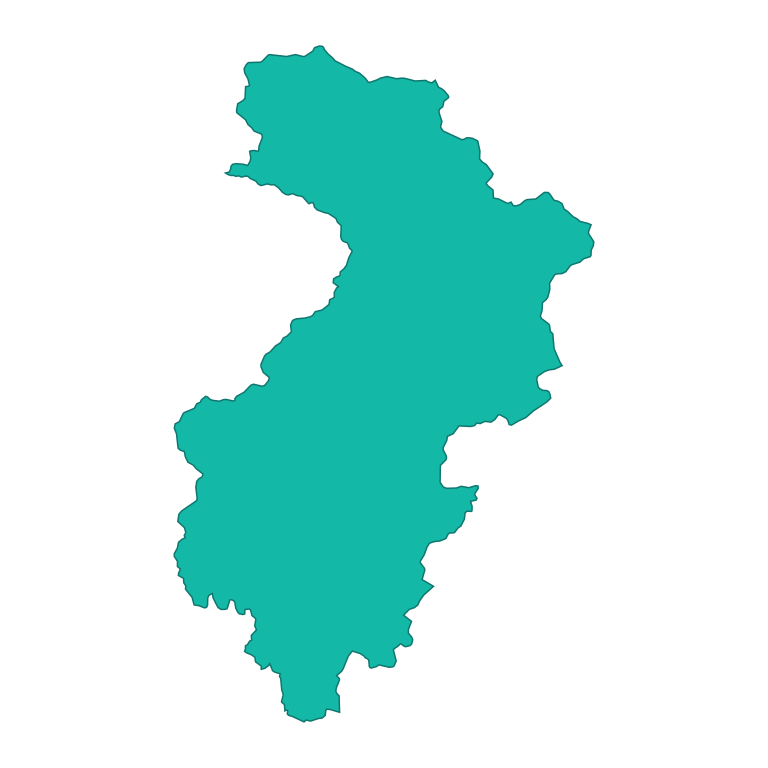 Thach An, Cao Bằng, Vietnam, rotated 90°
{"feature_id": "81297802B24341511138047", "entity_name": "Thach An", "entity_type": "district", "adm_level": 2, "iso_a3": "VNM", "parent_name": "Vietnam", "parent_adm1": "Cao Bằng", "projection": "natural_earth1", "projection_center": [106.311, 22.48], "detail": "fine", "context": "isolated", "style": "filled", "palette": "teal", "viewbox_px": 768, "rotation_deg": 90, "n_neighbors": 0, "source": "geoboundaries", "source_scale": "gbopen_adm2", "svg_char_len": 6119}
<svg xmlns="http://www.w3.org/2000/svg" viewBox="0 0 768 768"><g transform="rotate(90 384 384)"><path d="M333.8,215.2L331.4,217.6L325.2,218.5L323.9,219.4L318.4,226.7L315.9,227.6L310.8,226.0L302.7,225.5L299.5,221.8L297.2,220.2L289.5,218.2L283.2,218.4L274.9,213.4L273.9,211.5L273.6,206.0L271.6,202.1L266.0,198.0L264.7,196.2L262.1,188.1L258.8,184.5L256.6,177.7L255.4,177.0L250.1,176.8L245.8,174.7L241.7,174.2L233.5,179.5L231.0,179.3L224.8,176.9L223.5,179.8L221.4,188.0L218.7,191.1L216.9,194.7L211.4,200.4L209.1,203.8L203.5,206.1L201.3,209.8L200.2,214.0L194.0,218.2L192.5,219.8L192.4,223.7L199.0,232.2L199.6,240.9L200.5,243.0L204.5,247.8L206.0,252.2L205.5,254.9L202.1,256.9L203.3,259.9L203.2,261.0L198.9,269.6L198.1,274.5L190.0,275.0L185.9,280.0L183.8,281.7L182.8,281.6L177.2,276.4L173.9,274.9L164.6,281.7L162.0,285.7L159.0,288.4L151.0,288.1L140.9,290.3L138.3,295.7L137.8,298.7L137.9,301.6L139.1,303.5L139.7,306.2L131.0,324.9L128.2,326.8L126.6,327.4L121.5,326.1L112.8,328.9L110.7,329.0L109.0,328.2L106.8,325.3L101.3,324.1L97.9,319.7L96.9,319.3L95.6,319.8L91.0,323.6L88.8,326.3L87.2,329.5L80.2,332.8L82.9,336.1L82.0,339.6L80.4,342.3L81.0,352.8L78.4,362.9L78.1,365.8L78.7,371.6L76.5,381.0L78.2,387.8L79.7,390.5L82.2,397.5L82.3,399.7L78.5,402.5L73.2,408.4L71.3,412.8L69.3,415.3L66.1,422.7L60.7,433.1L58.2,435.1L54.1,439.8L49.7,443.5L47.2,444.6L46.3,445.9L46.1,447.5L46.1,449.0L47.7,453.4L51.1,455.2L56.4,463.2L56.5,465.0L54.6,472.5L56.5,481.4L54.6,498.5L55.1,499.8L61.3,505.8L62.2,507.5L62.6,519.7L64.8,521.8L68.7,523.9L72.8,523.3L79.0,520.0L85.5,518.5L86.3,519.7L86.6,522.4L98.3,523.0L100.5,525.0L103.8,530.3L110.7,531.5L112.8,531.1L119.7,522.5L124.7,519.9L127.6,516.4L131.2,513.8L134.2,506.3L137.4,505.6L146.0,508.9L150.8,509.4L151.2,510.2L150.5,513.8L150.8,517.2L151.4,518.4L157.8,517.2L161.2,517.9L165.5,520.3L164.2,524.9L163.7,532.3L164.4,535.5L166.1,536.9L169.5,537.5L172.1,538.9L173.0,542.5L174.7,539.8L175.5,536.8L175.4,534.2L176.3,532.4L175.9,529.1L177.1,526.6L176.1,522.4L176.3,520.0L178.5,517.8L181.2,512.0L184.0,509.9L185.6,507.1L183.9,500.6L184.9,496.8L184.7,493.8L187.7,489.6L192.3,485.5L194.4,482.3L194.9,479.5L193.6,475.3L195.4,471.5L196.3,466.4L197.1,465.0L203.6,459.3L203.6,458.3L202.6,456.6L202.7,455.3L204.0,454.3L207.0,453.6L209.9,450.9L212.7,443.3L213.4,439.7L218.4,432.1L222.3,430.5L225.6,426.8L236.8,427.2L239.4,426.5L241.3,424.8L243.0,420.4L248.3,418.4L250.2,416.3L251.4,415.9L257.7,419.2L265.2,421.5L268.8,424.1L272.0,427.8L275.1,427.9L276.3,429.2L277.1,431.7L278.9,434.4L282.7,434.8L286.6,429.5L288.0,431.4L292.6,433.8L296.9,433.6L298.2,435.0L299.7,438.3L304.5,439.0L310.0,445.9L311.7,452.8L315.5,455.4L316.7,457.6L318.1,463.2L318.8,471.6L320.1,474.8L321.1,475.8L325.1,477.4L331.8,476.6L336.3,481.2L338.0,484.7L342.6,487.3L345.9,492.5L351.9,497.9L354.2,501.9L356.1,503.5L364.3,507.0L366.8,507.0L372.6,504.6L377.0,499.2L378.3,498.7L381.3,499.9L385.3,503.3L386.3,505.5L384.2,514.6L385.4,517.4L392.3,524.0L396.2,531.2L398.4,533.0L400.3,533.1L401.1,534.4L399.4,541.9L399.7,544.7L401.2,548.5L400.3,555.6L399.4,558.0L397.1,560.3L396.3,562.3L399.7,566.5L402.3,567.8L403.8,571.3L408.3,573.6L412.6,583.8L413.5,584.8L421.7,588.7L423.8,592.8L428.2,593.7L433.8,591.5L448.3,589.9L450.3,587.5L451.5,583.7L457.0,582.6L462.3,580.0L464.9,575.0L468.9,571.6L473.7,565.4L474.8,565.1L477.0,566.1L478.9,569.3L481.3,571.2L487.2,572.2L498.6,570.8L500.8,571.6L510.8,586.2L514.2,589.1L521.5,590.2L527.7,583.5L532.6,582.2L535.5,583.8L537.7,582.8L539.5,586.3L542.3,589.5L548.0,590.6L553.7,593.7L556.3,593.8L561.4,590.5L566.5,590.6L569.0,587.6L573.1,589.4L575.5,589.6L578.3,584.5L582.9,584.2L585.9,582.2L589.2,582.5L597.4,575.9L604.9,573.9L605.7,569.0L607.9,563.4L607.3,561.4L604.9,560.4L598.2,560.3L596.2,559.5L595.2,558.9L593.5,555.6L597.6,555.0L603.3,552.2L607.6,549.9L609.4,547.0L609.4,543.1L608.7,540.9L599.9,538.1L599.7,536.9L600.4,534.8L602.0,533.2L608.0,532.3L612.1,530.3L613.7,528.9L614.5,525.6L614.3,523.9L613.9,523.3L609.7,523.1L609.4,522.6L609.0,518.8L610.0,517.5L615.6,516.0L618.4,512.5L619.3,512.2L625.9,513.3L629.8,511.5L635.4,516.7L640.3,516.4L641.1,518.4L644.6,520.5L645.9,522.6L648.7,522.5L651.3,523.4L652.8,521.5L654.9,516.4L657.3,513.1L661.8,512.5L666.1,506.7L669.3,506.8L668.3,503.0L665.5,499.3L663.6,498.3L670.7,495.4L672.1,493.3L673.8,487.8L676.6,488.5L678.3,487.3L689.6,486.3L694.7,484.7L701.5,486.5L702.3,486.3L704.5,483.6L710.9,483.1L710.1,481.7L710.7,480.3L714.0,480.7L715.3,479.4L716.6,475.3L721.9,464.0L720.0,461.7L721.1,457.5L718.5,449.5L718.0,445.8L715.3,442.7L710.6,442.3L709.1,441.1L709.6,437.5L712.3,428.4L695.8,428.9L693.9,430.9L691.3,432.2L688.0,431.7L679.9,428.5L678.4,428.8L675.6,431.4L671.4,426.5L668.7,424.8L656.1,419.7L651.1,415.7L653.6,407.6L656.3,403.7L657.7,402.8L659.0,400.2L660.4,399.2L666.6,398.7L667.9,397.6L668.0,396.5L666.5,391.4L664.9,389.1L667.3,378.6L666.8,375.1L665.9,373.9L660.9,371.8L650.1,374.6L648.7,373.8L646.1,369.9L643.9,367.8L643.9,366.9L646.3,363.8L646.7,362.2L645.6,358.0L643.9,356.3L639.8,355.3L637.1,356.3L633.1,359.6L629.5,359.6L621.4,356.5L615.2,364.4L609.3,358.6L607.7,353.7L605.1,350.3L600.8,348.3L595.1,344.3L586.3,334.5L579.6,345.9L570.0,343.2L568.2,343.6L562.7,347.7L561.3,347.7L554.6,343.7L547.1,341.0L543.2,338.5L541.6,333.8L541.0,328.2L538.6,322.2L534.0,319.8L533.1,318.7L532.7,313.6L527.9,309.9L526.0,307.1L519.1,303.6L512.8,302.9L511.2,301.0L511.4,296.8L510.9,296.0L506.3,295.9L501.3,297.5L500.1,291.9L498.4,291.0L495.1,293.1L493.7,293.2L488.4,289.8L486.0,290.0L485.7,292.4L487.7,299.1L486.3,306.7L488.0,311.5L488.3,320.9L487.7,323.4L486.3,325.3L482.2,327.9L465.4,327.6L459.8,322.1L458.3,321.5L456.1,321.6L450.1,324.7L447.8,324.9L440.1,321.1L436.4,320.7L433.8,314.9L425.9,309.0L426.5,297.4L425.6,293.4L423.0,291.2L423.6,287.9L421.4,283.1L422.1,276.9L419.5,273.1L415.5,270.2L414.8,269.1L414.8,268.0L418.3,261.7L420.1,260.3L424.6,258.8L425.1,256.5L420.6,248.8L417.6,242.2L411.0,234.7L401.9,221.1L398.2,217.3L394.6,217.9L391.7,219.2L390.6,221.1L390.3,225.3L388.4,228.7L386.4,229.9L379.6,231.3L376.5,230.7L371.5,223.4L369.9,218.9L369.2,213.6L365.6,205.9L362.1,208.1L348.7,213.9L333.8,215.2Z" fill="#14b8a6" stroke="#0f766e" stroke-width="1.5"/></g></svg>